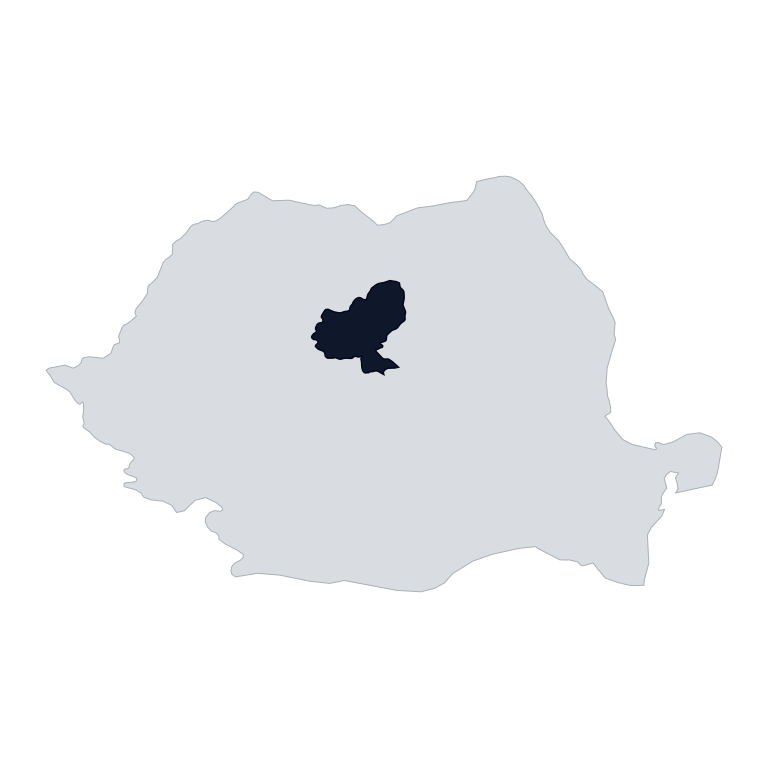 Romania, with Mures highlighted
{"feature_id": "ROU-299", "entity_name": "Mures", "entity_type": "County", "adm_level": 1, "iso_a3": "ROU", "parent_name": "Romania", "parent_adm1": "", "projection": "natural_earth1", "projection_center": [24.648, 46.583], "detail": "fine", "context": "in_parent", "style": "filled", "palette": "ink", "viewbox_px": 768, "rotation_deg": 0, "n_neighbors": 0, "source": "natural_earth", "source_scale": "10m", "svg_char_len": 5875}
<svg xmlns="http://www.w3.org/2000/svg" viewBox="0 0 768 768"><path d="M614.8,430.0L622.5,439.4L632.1,444.4L654.3,449.6L656.3,449.0L656.5,448.0L654.9,446.6L654.7,444.9L655.7,442.7L658.8,442.6L663.8,444.6L673.3,441.8L687.2,434.3L700.0,432.8L711.8,437.2L718.0,442.4L721.9,447.3L720.8,453.3L720.2,457.1L717.4,472.7L715.4,478.5L712.1,485.1L675.7,492.9L678.0,489.1L677.0,482.6L675.4,477.6L678.7,473.1L670.5,471.5L666.9,474.0L664.2,478.3L666.8,488.1L662.9,493.6L661.4,496.6L661.4,503.9L659.1,507.0L658.7,510.4L664.5,509.5L662.0,515.7L651.2,527.7L647.4,534.9L648.8,563.3L644.2,580.3L643.9,585.3L632.2,585.5L628.8,585.1L617.7,582.5L605.2,578.0L597.8,569.2L593.1,563.0L582.6,565.8L580.6,565.0L577.7,562.0L569.8,560.0L560.0,559.9L537.9,548.5L535.5,546.6L518.3,548.5L492.5,554.2L472.9,561.1L452.6,573.6L444.4,583.0L434.9,588.1L421.2,591.8L396.9,590.4L371.5,585.6L344.3,580.5L329.6,583.4L309.7,581.2L279.7,575.1L257.4,573.3L235.4,576.9L231.7,574.1L230.9,571.0L231.8,566.6L234.9,563.0L240.3,560.3L243.1,557.5L243.4,554.7L237.4,550.2L225.2,544.0L220.2,540.2L219.0,539.2L218.7,535.7L216.2,533.0L211.4,531.0L207.8,527.4L205.2,522.2L205.8,517.3L209.6,512.6L214.4,510.6L220.1,511.3L222.6,509.9L221.6,506.7L216.0,502.6L205.7,497.6L195.1,500.3L184.2,510.8L176.5,512.5L171.8,505.4L163.4,501.2L151.3,499.9L143.8,497.2L141.1,493.1L135.8,489.9L124.2,486.6L124.1,483.4L126.0,482.7L130.1,482.4L135.7,481.7L136.6,479.9L136.7,478.2L132.3,476.1L127.9,474.7L125.6,473.3L124.2,471.7L123.9,470.1L125.2,468.9L127.0,468.9L128.8,467.9L129.8,464.0L132.2,460.9L134.0,459.8L133.9,457.4L132.1,455.3L129.7,453.4L126.2,452.3L115.1,449.0L109.6,444.4L106.1,444.2L100.7,441.7L94.9,437.7L89.9,432.1L84.5,428.4L83.1,426.9L83.0,425.5L84.0,423.9L84.0,422.2L82.7,416.7L83.7,410.8L83.6,405.3L83.5,402.9L82.5,402.1L81.5,402.9L80.2,404.0L78.8,404.2L74.9,400.2L69.9,392.0L66.5,389.3L59.8,385.6L54.2,382.4L50.2,375.6L46.1,370.4L48.9,368.2L65.1,365.1L72.6,368.1L76.0,367.0L79.3,364.6L81.2,362.6L81.5,360.5L83.2,357.9L88.7,356.7L103.1,358.3L109.0,354.7L111.2,352.7L112.6,348.3L114.1,344.8L119.3,342.9L119.3,339.7L118.6,336.2L121.7,328.5L123.5,325.3L126.5,324.1L130.0,321.6L136.2,316.5L134.9,312.1L136.1,308.8L142.6,300.8L147.6,293.1L147.5,289.3L148.3,285.9L152.6,282.2L157.2,277.4L163.3,262.4L165.4,259.9L169.4,257.0L172.3,254.2L172.7,244.4L175.5,241.5L180.7,238.3L186.0,233.2L190.2,227.1L193.5,224.3L197.8,223.6L202.5,221.2L207.7,220.3L212.8,221.5L216.0,220.9L220.8,217.9L233.3,206.8L235.1,204.6L237.6,203.1L247.7,199.3L250.2,195.4L253.7,192.0L258.1,192.3L272.6,200.8L288.1,200.2L291.0,200.5L291.9,200.7L293.8,201.4L314.4,205.6L317.6,205.2L318.5,204.8L326.8,208.3L334.2,207.8L341.1,205.4L348.4,204.6L355.1,206.0L360.2,211.0L373.4,221.3L377.3,225.2L383.4,224.7L390.1,222.7L396.8,215.8L417.6,207.9L433.4,205.9L448.9,202.8L466.8,200.5L471.9,194.1L474.8,189.7L476.7,181.6L486.3,179.2L495.5,177.5L498.8,176.5L505.4,176.2L510.6,176.9L518.7,180.9L524.3,185.9L526.6,189.9L531.4,195.6L536.6,203.5L542.3,214.1L543.5,219.4L545.7,225.2L550.0,232.2L558.0,240.0L559.1,241.5L562.8,247.0L569.9,259.2L575.8,264.0L580.9,269.4L583.4,274.7L587.1,279.5L595.8,286.0L602.8,291.8L608.6,308.6L612.6,316.4L615.1,322.3L614.1,334.3L615.7,339.4L612.7,348.8L607.2,367.7L606.1,382.7L607.2,390.8L607.4,396.0L608.8,399.3L610.4,406.2L610.8,412.2L608.7,413.9L605.9,415.3L604.8,416.5L607.5,419.2L611.1,424.3L614.8,430.0Z" fill="#d9dde1" stroke="#a8b0b8" stroke-width="1"/><path d="M313.6,339.5L312.0,338.1L311.6,337.1L311.9,336.0L313.3,334.1L314.3,333.3L315.8,332.4L316.3,331.9L316.3,330.9L316.1,330.1L315.7,329.4L315.6,328.6L315.7,327.5L316.5,325.6L317.2,324.4L318.4,323.3L319.3,323.0L321.8,322.6L322.5,322.0L323.0,321.0L322.9,319.5L322.5,318.6L321.8,317.9L321.4,317.2L321.4,316.5L321.7,315.4L324.4,311.0L325.1,310.1L325.8,309.5L328.0,309.3L333.8,311.8L338.5,312.8L340.1,312.9L341.2,312.7L344.4,311.6L347.0,311.3L348.3,310.9L349.3,310.3L349.7,309.6L349.9,308.6L350.0,307.7L350.3,306.7L350.7,306.0L352.0,304.5L352.5,303.8L353.1,302.2L353.8,301.1L355.3,299.4L357.0,298.2L358.3,297.7L359.2,297.6L360.0,297.7L360.9,298.0L362.9,299.2L364.1,299.6L365.4,299.8L366.2,299.4L366.7,298.7L367.3,296.2L367.7,294.9L368.2,293.8L370.0,291.4L370.4,290.8L371.4,288.5L371.9,287.9L375.5,285.2L377.8,283.8L379.7,283.3L384.3,282.5L389.8,280.6L396.2,281.6L399.4,283.0L399.9,286.4L400.3,287.2L400.9,288.1L402.5,289.6L403.2,290.4L403.7,291.4L404.0,292.9L404.2,298.3L403.0,304.5L403.5,306.5L405.0,310.2L405.3,310.8L405.5,311.7L405.5,312.9L405.1,314.9L404.9,316.6L405.1,319.0L404.9,319.9L404.3,320.8L401.3,323.0L400.3,324.0L397.7,327.4L396.8,328.3L395.6,329.0L392.6,330.1L391.7,330.6L387.5,334.5L386.9,335.3L386.6,336.3L386.3,339.7L385.9,340.5L385.2,341.1L380.7,342.7L380.2,343.2L380.2,343.9L382.2,345.1L382.7,345.7L382.7,346.6L382.3,347.3L381.5,347.6L379.8,348.0L379.2,348.4L378.7,348.8L378.0,349.1L376.4,349.7L375.9,350.2L375.8,350.8L376.3,351.6L381.9,357.6L383.2,358.7L384.6,359.1L387.9,359.0L389.1,359.4L392.8,362.0L398.5,367.2L394.9,368.0L388.4,368.2L387.3,368.5L386.3,369.0L384.7,370.1L384.0,370.9L383.6,371.8L383.3,372.6L383.8,374.5L380.4,372.7L379.6,372.1L378.5,371.5L377.5,371.1L376.0,370.9L375.0,371.0L374.1,371.2L373.5,371.4L372.7,371.6L370.4,371.7L369.9,371.9L369.1,372.4L368.6,372.7L366.9,372.7L366.1,372.9L365.2,372.9L364.2,372.5L363.0,371.1L362.2,369.1L361.8,366.8L361.5,361.6L361.0,359.2L361.0,358.3L361.4,357.6L361.9,357.0L362.1,356.4L361.8,356.2L361.2,356.1L359.8,356.7L358.8,357.0L357.4,356.8L355.5,356.3L354.6,356.4L353.7,356.8L353.2,357.4L352.7,357.9L351.8,358.3L350.4,358.4L345.4,358.1L343.2,358.5L342.0,358.9L340.6,359.2L339.3,359.1L335.4,357.6L332.8,358.1L327.5,358.1L326.4,357.4L325.9,356.9L325.3,356.1L324.8,353.3L324.1,351.9L322.6,350.9L318.7,349.4L318.0,349.0L315.8,346.8L315.4,346.2L315.8,345.1L316.4,344.5L317.3,343.7L317.8,343.0L318.1,342.2L318.0,341.6L317.7,341.1L316.9,340.3L315.8,339.7L313.6,339.5Z" fill="#0f172a" stroke="#020617" stroke-width="1.5"/></svg>